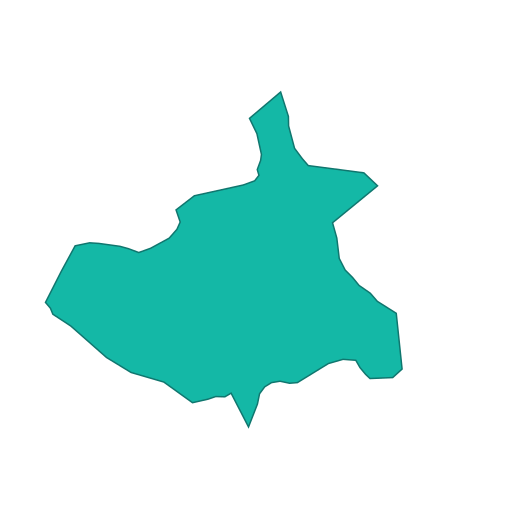 the border of Lenart, rotated 292°
{"feature_id": "SVN-208", "entity_name": "Lenart", "entity_type": "Municipality", "adm_level": 1, "iso_a3": "SVN", "parent_name": "Slovenia", "parent_adm1": "", "projection": "mercator", "projection_center": [15.838, 46.572], "detail": "fine", "context": "isolated", "style": "filled", "palette": "teal", "viewbox_px": 512, "rotation_deg": 292, "n_neighbors": 0, "source": "natural_earth", "source_scale": "10m", "svg_char_len": 966}
<svg xmlns="http://www.w3.org/2000/svg" viewBox="0 0 512 512"><g transform="rotate(292 256 256)"><path d="M134.1,78.2L168.8,81.2L197.7,84.5L205.9,96.8L208.8,105.6L214.0,126.2L215.0,134.9L215.3,146.0L223.7,155.4L240.0,168.8L251.1,172.7L259.1,173.0L268.8,164.6L288.8,176.3L317.0,217.5L325.2,226.6L331.9,228.5L336.6,224.8L346.3,224.5L352.2,223.0L369.8,211.0L381.2,198.4L417.3,217.4L397.5,233.8L388.8,237.5L370.3,251.4L363.6,262.4L359.4,270.6L373.5,324.9L366.6,342.4L315.5,314.5L302.9,324.2L284.9,334.1L276.4,343.9L272.2,353.7L267.3,362.6L264.3,375.9L259.4,385.5L255.4,407.5L205.9,433.8L194.5,428.3L185.1,407.6L187.3,402.0L191.5,394.2L196.7,387.6L192.8,375.4L183.4,363.4L154.1,341.8L150.6,334.8L148.9,325.2L144.4,317.8L138.0,313.1L129.6,310.9L119.2,312.8L94.7,313.1L119.5,284.3L113.8,279.9L110.6,271.3L105.4,265.3L96.2,252.1L104.6,217.7L101.2,183.8L105.9,155.4L121.7,110.5L125.9,89.5L130.6,84.9L134.1,78.2Z" fill="#14b8a6" stroke="#0f766e" stroke-width="1.5"/></g></svg>